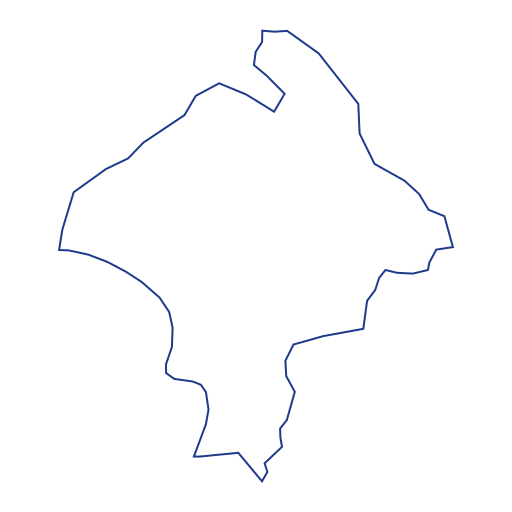 the Province of Ngozi, rotated 270°
{"feature_id": "BDI-2642", "entity_name": "Ngozi", "entity_type": "Province", "adm_level": 1, "iso_a3": "BDI", "parent_name": "Burundi", "parent_adm1": "", "projection": "robinson", "projection_center": [29.883, -2.862], "detail": "fine", "context": "isolated", "style": "outline", "palette": "blue", "viewbox_px": 512, "rotation_deg": 270, "n_neighbors": 0, "source": "natural_earth", "source_scale": "10m", "svg_char_len": 1013}
<svg xmlns="http://www.w3.org/2000/svg" viewBox="0 0 512 512"><g transform="rotate(270 256 256)"><path d="M184.3,172.6L199.9,169.2L214.5,159.5L230.3,141.3L240.6,125.4L250.1,107.3L257.4,88.2L261.6,68.9L262.0,59.1L282.2,62.3L319.8,73.7L343.0,106.0L353.6,128.1L369.5,143.5L396.9,184.5L416.2,195.8L428.7,219.1L417.4,246.4L400.3,274.1L418.2,284.6L436.0,267.0L447.0,253.9L460.2,255.7L470.1,262.1L481.3,262.3L480.3,274.6L481.1,287.2L458.6,318.7L408.1,358.3L378.5,359.6L348.1,374.5L331.3,404.5L318.0,419.1L302.2,428.6L295.8,444.4L264.9,452.9L262.4,436.3L249.6,429.4L242.0,427.9L238.4,412.8L239.2,397.1L242.0,385.4L234.0,379.1L222.0,375.2L211.2,367.1L183.2,363.3L175.9,323.3L167.5,293.5L151.3,285.4L135.9,286.2L120.2,294.8L91.9,286.8L83.5,280.1L74.5,280.4L65.2,282.0L48.7,264.6L40.1,267.4L30.7,262.0L59.2,238.3L55.4,199.3L55.5,194.0L55.5,193.9L87.7,205.9L102.3,208.5L119.7,206.0L127.2,200.9L130.5,192.7L133.1,174.3L138.9,166.1L147.7,166.0L165.0,171.9L184.3,172.6Z" fill="none" stroke="#1e3a8a" stroke-width="2"/></g></svg>